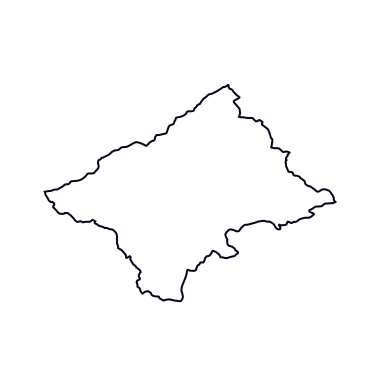 Yen Chau, Son La, Vietnam, rotated 292°
{"feature_id": "81297802B99176770386813", "entity_name": "Yen Chau", "entity_type": "district", "adm_level": 2, "iso_a3": "VNM", "parent_name": "Vietnam", "parent_adm1": "Son La", "projection": "equal_earth", "projection_center": [104.318, 20.992], "detail": "fine", "context": "isolated", "style": "outline", "palette": "ink", "viewbox_px": 384, "rotation_deg": 292, "n_neighbors": 0, "source": "geoboundaries", "source_scale": "gbopen_adm2", "svg_char_len": 6040}
<svg xmlns="http://www.w3.org/2000/svg" viewBox="0 0 384 384"><g transform="rotate(292 192 192)"><path d="M137.1,55.3L134.5,57.3L133.3,58.9L132.1,60.7L130.6,62.4L129.8,64.5L130.0,65.5L130.3,65.8L130.5,66.1L130.6,66.3L130.1,67.0L130.0,67.3L130.0,68.0L129.8,68.3L129.2,68.9L128.1,69.1L127.3,68.7L126.8,68.7L126.0,68.9L123.9,73.6L123.0,75.0L122.4,77.0L122.5,78.2L123.0,79.5L123.5,80.8L124.2,81.7L124.8,81.9L125.8,84.2L125.8,85.1L125.7,85.6L124.9,88.2L124.2,89.8L123.0,92.6L122.0,93.9L121.5,95.5L121.2,96.9L121.6,97.3L123.2,99.8L123.0,101.9L123.2,102.6L124.4,104.3L125.2,106.3L126.1,108.4L128.9,110.1L128.6,113.4L126.8,113.4L126.6,113.6L126.5,116.1L125.9,118.0L125.8,119.1L126.3,122.3L125.9,124.6L126.6,125.7L126.8,127.2L126.6,129.2L127.1,131.1L127.4,132.3L126.7,134.8L125.8,136.6L124.7,137.8L123.3,138.8L121.9,139.6L120.7,139.7L119.9,140.3L118.9,140.8L116.3,141.6L114.6,143.3L112.3,144.6L112.1,145.2L111.9,148.2L109.7,152.7L108.5,154.5L106.4,155.5L106.3,155.9L106.7,156.5L109.1,158.3L109.1,158.7L109.0,159.0L108.5,159.5L107.9,159.7L106.6,159.9L105.5,161.2L105.0,162.0L104.0,163.2L102.8,164.8L102.5,166.5L102.0,167.7L101.1,168.8L100.4,172.0L99.0,174.1L98.7,174.4L97.4,174.0L94.9,173.9L93.7,174.3L92.2,176.2L91.3,176.2L89.3,174.4L88.6,174.3L87.5,174.5L85.6,176.2L83.8,176.9L83.5,177.9L83.4,178.7L83.2,179.3L82.6,180.0L80.8,181.5L79.3,183.5L79.2,183.8L79.3,184.3L80.8,185.1L82.0,186.0L83.4,188.1L83.6,188.6L83.5,189.2L83.2,190.4L83.1,191.6L82.8,191.9L81.7,192.8L81.2,194.1L81.3,195.8L81.5,197.2L82.6,200.4L82.5,200.7L82.3,200.9L81.6,201.2L81.1,202.8L80.7,206.5L81.4,206.8L82.3,208.3L83.4,209.9L83.9,211.2L84.2,212.1L84.8,216.5L85.4,218.6L85.8,220.4L86.6,222.5L88.6,223.0L90.3,223.1L91.9,222.6L94.6,220.8L96.6,219.1L99.1,218.3L101.7,218.0L110.6,218.0L113.4,217.8L115.6,217.3L117.8,216.9L118.4,217.5L118.3,219.0L118.4,219.7L119.4,222.8L119.7,223.5L120.3,224.2L120.8,224.7L121.3,224.9L123.1,224.6L126.2,224.8L127.0,225.7L127.7,226.0L129.7,226.1L130.4,227.4L130.5,228.1L130.7,228.7L131.8,229.1L133.3,229.2L134.8,229.0L136.0,229.0L137.4,229.5L138.1,229.9L138.5,231.0L139.5,231.9L141.0,232.6L144.8,233.1L145.3,233.6L145.4,234.4L145.4,236.5L144.3,240.3L143.7,241.4L142.5,242.4L142.2,243.2L142.5,243.6L142.8,244.6L143.2,247.3L143.5,248.6L143.8,249.2L146.6,252.5L148.1,254.8L148.8,255.6L150.1,256.1L152.6,257.6L153.4,257.2L153.9,255.8L154.4,253.9L155.1,253.3L155.6,252.3L156.3,250.0L156.0,246.4L156.1,245.8L156.6,244.9L157.4,244.2L159.1,243.2L161.1,242.6L163.0,240.4L165.0,238.8L166.1,238.8L167.7,239.1L170.8,240.4L171.5,241.3L172.1,242.9L172.3,245.1L172.2,247.5L172.5,248.9L172.9,249.5L173.7,250.3L176.9,251.0L180.3,252.5L181.5,253.6L182.2,255.2L183.3,256.9L187.9,262.9L189.4,264.3L192.4,269.8L192.4,271.4L192.7,272.7L193.5,274.8L193.6,275.6L193.5,276.8L193.1,278.9L192.6,280.1L190.9,282.3L190.2,283.4L189.7,284.5L189.6,285.2L189.6,285.8L190.2,287.3L190.7,287.6L191.5,287.5L192.3,287.1L194.1,285.0L194.4,285.1L194.5,286.0L194.5,287.2L195.4,289.0L196.5,290.9L197.0,291.5L197.3,291.7L200.0,291.8L200.3,291.8L200.4,292.1L200.5,293.1L200.5,294.0L200.3,295.5L200.7,296.3L201.7,296.8L202.3,297.4L202.6,297.7L202.8,298.6L203.2,299.4L203.7,299.9L204.7,300.7L207.0,301.9L210.2,305.9L212.0,310.1L213.8,311.8L215.9,312.8L216.6,313.3L217.3,313.3L217.6,312.2L217.6,308.9L217.7,308.3L218.2,307.8L219.0,307.7L221.8,310.0L224.2,311.6L225.4,313.2L226.4,315.7L227.5,317.7L228.5,318.2L229.2,318.4L231.0,319.6L234.5,326.9L236.0,328.3L236.5,328.7L237.2,327.1L237.7,326.6L239.1,326.0L241.4,324.0L243.8,320.2L244.4,318.9L244.5,318.2L244.5,315.8L244.2,313.9L243.7,312.8L242.4,311.0L240.6,310.0L240.1,309.5L239.4,308.5L239.3,307.8L239.3,307.3L239.7,306.1L240.0,305.7L241.4,299.9L241.2,296.7L241.7,294.7L242.1,293.9L242.5,293.6L243.6,293.1L244.5,291.8L244.8,290.3L245.4,288.6L245.4,288.0L245.6,287.3L246.3,286.2L246.5,285.2L246.4,283.7L246.2,282.6L245.6,281.1L245.7,280.6L245.8,280.1L246.0,279.6L246.3,279.2L247.0,278.8L247.5,278.2L247.8,277.0L247.4,275.5L247.0,274.4L247.0,273.9L249.7,271.1L251.2,269.6L255.4,267.3L256.4,267.3L256.7,267.6L257.1,267.7L257.7,266.8L258.6,266.5L259.3,266.5L260.8,267.1L262.1,266.8L265.1,267.6L265.2,267.2L265.0,264.4L263.2,261.7L263.2,260.9L264.7,257.4L264.9,256.3L264.5,254.3L263.5,252.2L263.0,249.2L263.2,248.6L264.9,248.5L267.1,247.9L269.5,247.4L271.0,246.6L271.8,244.9L276.2,241.4L277.9,239.7L278.7,238.4L279.3,236.8L279.9,234.4L280.7,231.9L281.2,231.3L282.8,231.3L283.2,231.2L283.7,229.8L284.0,228.4L284.0,227.9L283.7,227.1L282.8,226.6L281.8,225.6L281.5,224.6L281.9,223.3L283.2,220.6L283.1,219.7L282.8,218.9L281.7,216.7L281.2,214.8L280.7,212.4L279.6,209.2L279.2,207.6L279.4,207.2L280.9,207.4L283.4,207.0L287.0,204.8L291.0,197.1L292.0,196.7L292.8,197.1L296.6,200.3L297.5,200.6L297.8,200.3L298.6,197.0L299.0,196.1L300.2,193.4L301.6,191.3L302.0,190.0L301.9,188.1L302.3,187.5L303.2,186.5L304.3,186.1L304.8,185.7L304.8,185.4L303.8,184.7L302.2,183.6L301.4,182.6L301.1,181.7L299.7,180.9L295.2,177.7L290.8,173.9L288.5,170.8L284.8,169.1L282.7,167.7L278.6,166.6L276.7,166.4L275.8,165.4L274.0,164.3L272.7,164.2L270.4,163.0L269.1,163.2L267.6,162.8L266.5,161.0L265.4,158.3L264.3,157.2L262.1,157.1L259.6,155.5L257.2,152.9L255.7,150.4L254.6,149.4L252.2,149.6L250.7,149.3L249.3,149.4L248.0,149.3L246.5,147.7L245.1,146.3L243.5,145.9L239.4,146.2L237.1,146.2L236.2,145.5L235.1,143.8L232.8,140.6L232.1,139.4L231.6,137.8L231.0,137.6L229.3,137.3L227.2,137.7L226.2,137.7L225.1,137.1L224.3,135.9L222.2,134.3L217.7,132.5L217.7,130.7L217.9,128.5L218.0,125.2L217.6,122.8L217.3,121.4L215.6,119.7L213.3,117.9L209.9,115.1L208.9,113.6L207.6,110.8L206.4,109.5L204.6,108.7L203.2,107.7L201.3,104.4L199.3,102.8L196.3,101.4L194.7,100.4L193.5,99.1L191.6,97.6L190.4,96.5L190.0,95.6L189.7,95.3L188.5,95.2L186.3,93.4L184.2,93.7L183.3,94.1L181.3,95.7L179.6,96.1L178.3,96.0L172.7,93.9L172.2,93.3L171.2,91.1L170.6,89.5L169.7,88.2L168.4,88.0L165.8,87.0L163.2,85.5L161.6,84.2L159.7,81.9L157.0,76.6L156.3,75.6L154.5,75.3L153.3,74.7L152.5,73.8L152.3,73.0L151.6,71.8L150.8,71.0L149.3,70.5L143.7,66.0L142.5,63.2L140.6,61.3L137.1,55.3Z" fill="none" stroke="#020617" stroke-width="2"/></g></svg>